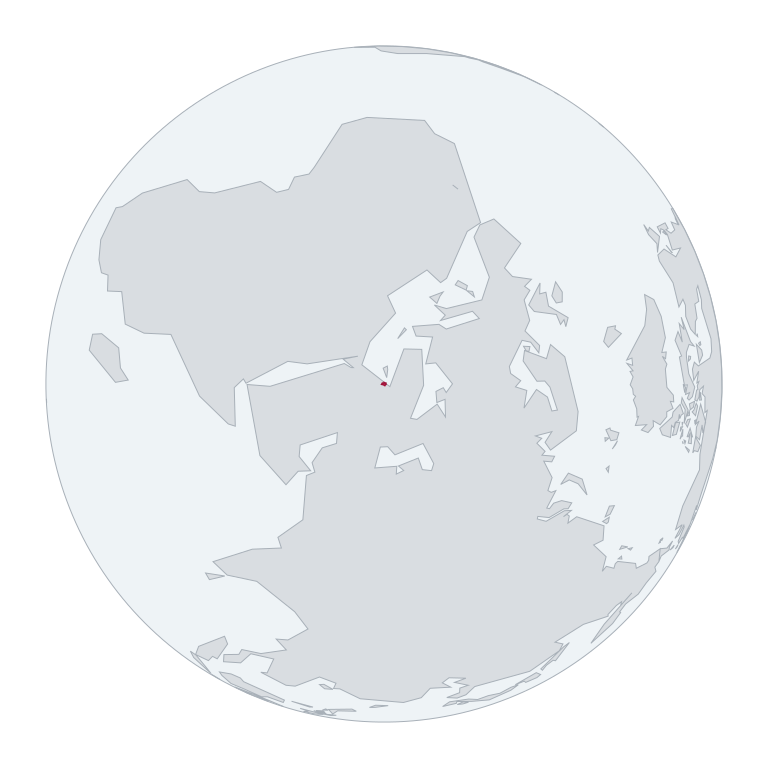 the Earth from above Lattakia, rotated 108°
{"feature_id": "SYR-134", "entity_name": "Lattakia", "entity_type": "Province", "adm_level": 1, "iso_a3": "SYR", "parent_name": "Syria", "parent_adm1": "", "projection": "orthographic", "projection_center": [36.019, 35.573], "detail": "fine", "context": "on_globe", "style": "filled", "palette": "rose", "viewbox_px": 768, "rotation_deg": 108, "n_neighbors": 0, "source": "natural_earth", "source_scale": "10m", "svg_char_len": 11125}
<svg xmlns="http://www.w3.org/2000/svg" viewBox="0 0 768 768"><g transform="rotate(108 384 384)"><circle cx="384" cy="384" r="338" fill="#eef3f6" stroke="#a8b0b8"/><path d="M334.2,49.8L353.3,48.3L393.0,48.4L407.3,48.1L402.8,49.1L431.2,49.7L453.9,53.5L427.0,49.6L423.4,49.7L438.3,52.0L437.7,52.8L444.6,54.6L442.7,55.6L427.2,54.3L425.6,55.2L436.2,56.9L440.9,59.6L425.6,56.9L432.3,61.7L407.6,62.2L368.2,57.4L353.2,61.8L309.3,68.4L312.0,70.0L297.1,74.7L294.8,78.5L287.3,79.5L291.9,81.9L299.1,80.4L303.6,81.1L302.9,83.5L293.2,84.8L292.2,83.8L288.9,85.5L284.4,85.3L286.3,86.8L274.6,88.7L284.9,90.5L274.7,95.2L267.3,95.6L269.7,90.6L258.6,82.1L251.9,82.4L239.9,87.0L214.0,105.2L205.8,108.2L193.6,115.9L197.3,116.0L208.1,110.2L211.9,113.1L224.8,106.6L228.2,107.2L240.7,103.3L237.0,109.4L226.5,117.9L215.9,121.7L211.0,125.9L219.6,127.3L198.4,140.4L182.0,160.1L176.7,163.4L169.1,159.4L172.9,145.7L163.0,144.0L167.5,151.2L154.2,160.7L151.2,165.2L150.8,168.7L155.1,167.7L150.1,172.7L143.9,166.5L148.3,161.9L150.2,163.6L151.9,157.6L147.6,155.1L141.2,160.9L141.5,153.5L136.9,157.9L134.4,159.2L141.7,152.5L128.6,164.9L127.8,163.6L144.2,145.9L161.7,129.5L180.4,114.3L200.1,100.5L220.8,88.1L242.3,77.2L264.4,67.9L287.3,60.2L310.5,54.2L334.2,49.8ZM51.0,326.7L48.4,344.6L47.4,373.0L47.1,389.4L46.6,394.2L47.6,403.5L47.7,408.4L56.5,445.3L65.5,473.1L68.1,489.7L66.5,496.7L73.1,516.4L64.4,493.9L57.4,470.7L52.0,447.1L48.4,423.2L46.4,399.1L46.2,374.9L47.7,350.7L51.0,326.7ZM345.7,48.3L342.0,48.7L341.4,48.8L345.7,48.3ZM417.7,48.4L409.7,47.7L417.7,48.2L417.7,48.4ZM445.9,54.7L448.3,54.9L450.9,55.9L445.9,54.7ZM242.0,100.3L241.3,101.7L239.3,101.7L242.0,100.3ZM248.0,97.4L246.1,96.3L248.7,94.8L249.8,95.5L248.0,97.4ZM450.2,58.6L453.5,60.6L447.5,58.2L450.2,58.6ZM249.7,99.2L253.5,92.4L258.1,89.9L266.1,90.7L249.7,99.2ZM453.7,61.6L461.9,67.2L468.0,67.7L455.3,70.4L452.6,64.2L444.1,61.0L451.1,62.2L453.7,61.6ZM301.8,78.9L294.0,80.6L301.1,77.1L301.8,78.9ZM305.3,76.6L320.9,66.3L332.1,65.6L324.6,68.8L339.5,66.7L337.3,71.3L328.5,73.5L321.8,72.9L326.1,75.2L305.3,76.6ZM447.0,71.4L446.7,72.9L444.0,71.1L447.0,71.4ZM305.9,81.1L308.1,78.9L317.9,77.9L315.3,82.3L313.0,81.2L305.9,81.1ZM344.6,64.2L351.4,64.6L351.5,68.3L354.1,69.1L338.2,71.3L344.6,64.2ZM310.4,82.6L313.8,84.7L308.5,87.4L304.5,83.3L310.4,82.6ZM321.5,76.0L326.1,75.8L322.7,77.3L321.5,76.0ZM291.7,99.4L294.0,96.1L299.3,95.3L291.7,99.4ZM315.4,85.3L317.2,84.4L319.6,83.8L320.7,85.8L315.4,85.3ZM339.3,74.0L337.9,75.7L345.8,73.3L346.2,76.4L335.5,77.5L340.3,78.3L340.4,79.4L331.5,79.2L339.3,74.0ZM328.9,86.4L315.4,89.6L309.8,95.5L304.9,96.3L314.8,86.7L328.9,86.4ZM331.2,82.1L328.7,84.8L323.9,84.1L322.6,81.9L331.2,82.1ZM350.3,78.3L352.5,73.2L354.8,73.2L350.3,78.3ZM328.2,88.1L331.5,87.4L328.4,88.6L328.2,88.1ZM344.6,81.3L345.0,79.4L347.6,79.4L344.6,81.3ZM337.6,87.6L333.3,88.5L332.3,86.9L337.6,87.6ZM341.6,84.8L345.0,85.4L334.5,85.8L341.3,83.9L341.6,84.8ZM346.9,81.7L348.6,81.0L346.4,82.5L346.9,81.7ZM343.8,93.8L330.9,94.7L328.8,90.9L341.6,90.4L343.8,93.8ZM135.7,482.5L120.8,426.8L130.3,413.2L133.6,391.3L200.7,342.0L213.2,352.0L264.1,357.1L270.1,361.5L262.3,378.4L299.0,407.9L313.0,394.9L348.1,410.4L372.6,411.0L384.7,377.6L344.5,375.9L339.4,358.8L373.0,345.9L408.4,348.2L407.5,341.7L386.7,327.2L396.4,315.3L379.7,321.2L385.3,328.0L375.0,332.3L369.2,326.5L372.9,322.2L362.7,318.9L347.9,341.3L352.0,350.5L324.3,352.3L328.5,368.3L320.4,374.7L310.3,350.2L312.5,341.8L292.3,313.6L287.5,322.3L306.2,349.9L299.6,347.0L293.3,360.5L293.0,348.0L273.8,316.9L249.9,316.8L216.5,343.8L203.1,342.0L193.1,330.5L208.1,297.3L236.4,305.3L242.1,295.0L238.8,276.1L247.7,280.5L249.8,274.2L260.7,276.7L278.5,265.1L290.0,266.3L299.3,247.9L306.5,246.4L298.9,257.4L299.8,266.2L328.6,270.2L334.9,266.8L338.6,255.0L346.1,258.1L346.0,246.2L363.7,243.4L342.1,237.3L345.9,224.5L357.8,216.0L355.2,211.0L335.7,225.2L331.5,232.0L334.1,239.4L319.1,258.8L308.7,260.7L309.7,237.3L295.0,237.8L302.2,220.5L350.2,190.9L369.1,186.6L395.4,205.2L389.7,212.8L377.4,209.6L386.6,223.9L386.9,217.2L393.1,220.3L398.3,210.0L402.9,211.8L400.0,199.4L406.2,200.4L408.0,208.2L421.1,195.2L434.7,195.2L435.4,191.5L432.3,187.6L451.7,190.9L451.4,188.1L444.9,185.8L440.0,179.0L439.0,168.7L445.8,170.4L447.1,174.3L460.0,185.7L462.4,196.8L465.0,196.5L464.5,187.4L448.8,173.3L446.3,166.7L454.7,172.3L451.4,169.7L452.3,167.0L459.5,166.1L450.7,159.7L450.9,130.9L464.9,127.4L472.3,134.9L479.6,119.4L494.7,118.5L488.7,116.2L488.2,108.4L483.4,108.5L480.5,106.9L476.9,89.3L481.3,87.1L473.0,78.7L469.9,77.8L466.1,78.7L455.3,70.4L468.0,67.7L474.4,69.8L478.1,67.5L492.1,73.1L505.3,77.3L518.5,86.2L527.9,89.5L528.2,88.3L541.2,92.6L566.7,107.1L544.5,100.4L506.0,83.7L521.6,90.5L517.6,90.8L522.9,94.6L534.0,99.8L535.5,99.1L551.0,120.1L576.7,141.6L575.9,133.5L583.5,134.8L612.2,156.6L643.7,204.2L654.2,210.0L660.1,217.4L662.8,227.4L654.2,216.7L649.8,217.9L644.5,210.8L646.0,224.7L638.5,215.2L643.3,231.4L650.2,236.2L651.7,226.8L659.1,246.0L670.8,251.6L680.9,267.1L690.7,309.4L687.6,331.8L689.2,337.9L683.4,337.2L682.6,354.8L698.8,375.1L700.8,384.1L696.2,412.1L694.9,405.9L679.6,403.9L681.7,427.3L693.5,434.2L697.7,450.8L690.8,452.6L686.0,438.5L680.5,437.2L678.4,417.7L667.1,394.7L659.9,407.7L657.1,396.2L640.5,380.6L628.2,398.5L611.0,444.0L614.2,474.1L605.8,491.7L581.8,458.2L571.7,430.9L562.6,437.5L538.2,419.2L495.0,429.5L489.2,422.5L481.0,428.1L463.8,423.0L455.2,410.8L444.6,413.3L467.9,444.9L479.2,442.3L489.2,426.9L493.5,438.7L510.1,446.1L490.4,479.9L426.8,514.1L421.4,491.6L376.8,428.1L378.5,420.6L378.4,419.7L377.9,418.2L373.0,430.5L365.6,417.4L388.6,463.3L392.2,482.5L425.9,515.5L422.6,519.3L433.7,525.3L470.1,512.4L470.1,519.8L452.5,555.7L402.7,602.0L409.8,627.9L407.0,648.6L377.2,662.0L381.0,675.7L365.7,680.1L365.5,687.1L354.0,693.5L334.2,698.0L299.2,693.3L296.1,687.6L277.1,672.8L250.4,634.4L258.1,619.1L254.6,604.1L229.5,564.1L234.9,545.4L228.4,534.9L214.9,533.1L207.5,520.2L199.4,517.3L150.0,504.1L135.7,482.5ZM175.8,373.8L173.5,380.2L175.8,373.8ZM445.1,368.0L466.7,366.8L458.3,346.4L465.9,344.5L460.2,338.5L457.5,344.9L443.8,328.5L453.6,321.1L451.7,312.0L444.3,312.1L428.5,328.5L448.0,351.7L442.5,361.1L445.1,368.0ZM54.9,307.1L55.0,306.8L53.8,312.3L54.0,311.1L54.9,307.1ZM71.9,254.4L69.6,260.4L71.0,256.6L71.9,254.4ZM154.6,161.1L154.9,161.7L153.4,165.9L151.9,165.3L154.6,161.1ZM160.2,178.5L152.1,186.3L156.8,179.9L153.1,180.0L158.5,167.6L174.4,164.5L166.2,167.8L160.2,178.5ZM170.0,151.2L164.8,158.7L169.9,150.7L170.0,151.2ZM250.8,239.9L253.7,245.2L248.3,251.6L233.8,252.4L241.4,242.9L250.8,239.9ZM259.1,251.6L264.0,229.4L273.3,228.8L267.2,232.7L272.8,234.5L264.6,241.5L268.6,263.5L264.1,270.8L239.7,266.8L250.2,263.8L246.7,258.4L259.1,251.6ZM260.5,181.4L262.7,173.8L279.8,181.9L275.7,188.2L261.0,188.8L257.1,181.8L260.5,181.4ZM263.2,102.9L263.0,100.9L265.6,100.3L268.0,101.5L263.2,102.9ZM292.3,97.9L267.0,111.4L265.4,109.6L252.5,120.7L243.3,120.6L252.0,113.2L235.3,121.9L239.5,115.3L228.6,122.0L248.9,105.6L252.1,100.7L252.1,106.1L260.4,106.2L264.9,104.7L280.1,97.3L290.9,87.5L300.8,86.8L305.0,88.9L303.9,91.1L297.8,90.7L300.8,94.0L291.1,95.2L292.3,97.9ZM348.2,125.0L341.5,121.7L345.8,132.1L336.2,131.9L337.3,133.1L329.5,136.0L322.1,141.9L317.9,140.9L316.8,143.7L311.7,146.0L308.7,149.6L300.3,149.3L296.0,153.9L294.5,151.2L289.3,159.4L289.4,153.3L282.7,156.2L286.2,160.6L247.9,154.0L231.9,157.3L218.4,163.8L220.3,153.5L234.0,141.3L253.0,130.7L268.2,129.5L266.3,125.5L273.0,124.0L271.7,127.8L277.7,121.1L282.9,121.0L299.8,113.9L305.2,105.4L311.5,102.9L312.0,106.3L317.9,101.6L323.1,106.5L327.7,105.0L337.5,108.8L335.7,116.7L341.0,114.6L348.6,117.9L348.2,125.0ZM346.3,95.0L346.3,103.6L341.1,108.0L326.3,99.7L321.4,100.4L311.8,96.1L319.7,90.1L321.7,91.7L325.5,92.0L321.5,93.8L327.5,92.6L330.5,95.1L336.0,95.0L334.5,97.7L346.3,95.0ZM278.2,356.2L283.1,357.9L291.0,358.6L287.2,367.4L278.2,356.2ZM264.7,335.1L269.3,334.9L267.7,346.9L262.7,345.5L264.7,335.1ZM273.2,325.0L269.7,334.0L268.6,328.3L273.2,325.0ZM303.3,256.8L308.4,256.2L308.4,259.1L305.0,263.0L303.3,256.8ZM359.0,158.8L356.0,155.5L357.9,154.3L357.8,145.5L365.0,145.4L367.8,150.7L359.0,158.8ZM377.1,383.4L369.2,389.7L365.9,386.4L369.2,384.9L377.1,383.4ZM325.5,379.5L336.6,385.0L324.3,381.9L325.5,379.5ZM366.8,157.3L366.0,153.5L370.1,155.9L366.8,157.3ZM370.2,145.0L375.3,146.8L365.8,144.4L370.2,145.0ZM502.4,700.5L505.4,699.3L506.4,699.0L502.4,700.5ZM465.4,639.9L442.9,674.8L426.7,676.5L423.4,668.0L431.6,647.5L450.2,639.6L459.3,628.5L465.4,639.9ZM714.7,453.3L714.8,453.2L714.7,453.3ZM714.2,454.6L715.6,448.9L713.4,458.5L714.2,454.6ZM712.9,458.8L702.9,480.5L697.9,485.6L699.9,479.0L707.9,466.4L712.9,458.8ZM699.5,479.6L690.8,479.2L673.2,457.7L679.6,452.4L696.9,457.7L696.0,462.9L701.3,465.5L699.5,479.6ZM717.2,423.4L716.1,436.9L711.3,448.0L708.7,451.5L707.0,439.7L708.0,429.7L710.5,425.5L715.4,381.0L718.0,381.4L717.5,398.2L719.3,403.7L717.2,423.4ZM615.8,476.1L624.0,489.6L618.9,495.3L615.8,476.1ZM714.2,355.0L714.3,373.9L713.2,351.7L714.2,355.0ZM711.5,336.3L713.1,341.8L711.0,339.0L711.5,336.3ZM692.2,346.3L689.8,352.4L688.2,348.3L690.2,338.2L692.2,346.3ZM688.6,280.6L694.4,292.8L696.1,297.9L692.1,292.7L688.6,280.6ZM426.8,156.6L418.9,168.5L418.0,178.2L424.9,184.9L411.8,181.1L413.2,166.1L426.8,156.6ZM447.2,133.6L441.1,128.6L445.9,128.0L448.0,129.1L447.2,133.6ZM442.0,132.6L430.5,131.9L428.5,127.3L438.0,128.7L442.0,132.6ZM398.6,143.4L395.8,146.7L392.5,144.6L398.6,143.4ZM719.9,421.1L720.3,413.9L718.7,429.5L718.2,432.4L718.8,422.2L719.9,404.5L720.5,395.3L721.8,379.9L720.2,402.9L720.5,408.2L721.5,396.1L720.7,408.6L720.5,415.1L719.9,421.1ZM720.3,359.4L718.5,354.7L718.4,363.5L717.0,339.5L719.2,347.8L720.3,359.4ZM716.3,341.8L716.4,349.9L715.3,337.0L716.3,341.8ZM715.5,347.7L713.8,341.2L714.6,338.5L715.5,347.7ZM716.6,339.7L713.8,327.0L715.7,332.1L716.6,339.7ZM709.2,327.2L713.7,330.8L710.6,336.1L703.1,314.0L703.8,309.2L709.2,327.2ZM666.2,215.3L661.9,210.5L660.5,205.3L663.9,210.1L666.2,215.3ZM651.9,186.3L658.7,202.5L663.5,216.6L665.4,216.6L672.6,228.6L666.0,223.4L657.5,206.2L655.1,197.4L648.1,188.4L642.3,178.2L633.2,169.5L628.5,163.3L636.0,168.7L651.9,186.3ZM629.4,166.2L611.5,150.0L611.9,145.3L615.9,147.8L624.0,157.0L623.3,158.8L629.4,166.2ZM607.3,144.9L606.5,146.8L578.4,131.9L572.6,127.8L594.2,135.4L594.5,137.8L601.3,142.6L607.3,144.9ZM450.3,73.3L447.0,72.9L449.2,72.2L450.3,73.3ZM477.9,107.2L474.3,104.9L477.0,103.7L477.9,107.2ZM465.8,98.2L465.2,101.0L463.0,97.3L465.8,98.2ZM464.4,107.9L463.6,101.8L468.4,108.7L464.4,107.9Z" fill="#d9dde1" stroke="#a8b0b8" stroke-width="1"/><path d="M384.6,382.5L384.8,382.7L385.2,382.7L385.3,382.7L385.3,382.8L385.2,382.8L385.1,383.0L385.0,383.3L384.9,383.3L384.9,383.5L385.0,383.6L385.0,383.8L385.0,384.2L384.9,384.9L384.9,385.0L385.0,385.2L385.1,385.8L385.1,386.1L384.9,386.0L384.0,386.1L383.9,386.0L383.8,385.9L383.6,385.8L383.5,385.7L383.5,385.4L383.5,385.0L383.5,384.9L383.2,384.6L383.1,384.4L382.9,384.4L382.8,384.2L382.6,384.1L382.7,383.9L382.6,384.0L382.6,383.9L382.8,383.9L382.9,383.7L382.8,383.4L383.0,383.4L383.1,383.0L383.1,382.8L383.1,382.7L382.9,382.4L383.2,382.4L383.3,382.4L383.4,382.2L383.5,382.0L383.7,381.9L383.8,381.9L383.9,382.0L383.9,382.3L384.0,382.3L384.3,382.3L384.6,382.5Z" fill="#f43f5e" stroke="#9f1239" stroke-width="1.5"/></g></svg>